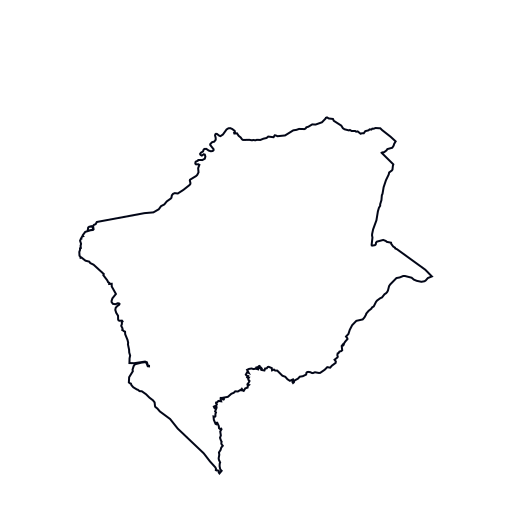 the district of Balao, Guayas, Ecuador, rotated 315°
{"feature_id": "8360857B63754497407840", "entity_name": "Balao", "entity_type": "district", "adm_level": 2, "iso_a3": "ECU", "parent_name": "Ecuador", "parent_adm1": "Guayas", "projection": "mercator", "projection_center": [-79.769, -2.889], "detail": "fine", "context": "isolated", "style": "outline", "palette": "ink", "viewbox_px": 512, "rotation_deg": 315, "n_neighbors": 0, "source": "geoboundaries", "source_scale": "gbopen_adm2", "svg_char_len": 6100}
<svg xmlns="http://www.w3.org/2000/svg" viewBox="0 0 512 512"><g transform="rotate(315 256 256)"><path d="M162.1,119.5L160.0,122.3L159.1,122.3L157.2,120.8L152.3,118.2L148.2,118.8L147.8,119.0L147.7,119.7L147.1,119.3L145.5,119.6L144.8,120.3L144.3,120.0L142.4,120.8L140.9,123.7L139.1,124.8L137.8,126.5L137.0,126.1L136.0,127.2L133.9,128.2L131.4,131.0L131.2,132.5L130.7,133.2L131.5,133.6L132.1,138.7L134.1,142.1L133.8,143.8L135.0,147.3L135.6,161.1L134.5,161.6L133.6,168.1L132.9,170.0L133.3,171.2L132.4,172.0L134.3,173.6L132.4,175.6L130.1,183.8L124.5,184.4L122.0,185.7L121.3,186.5L121.0,188.7L122.5,190.7L124.9,191.7L125.6,192.7L125.6,193.4L124.8,193.7L122.4,193.3L120.2,193.4L118.4,194.6L117.0,197.3L116.2,200.7L113.7,203.3L113.3,204.3L113.6,205.2L115.5,206.9L115.4,207.9L114.1,208.1L113.2,209.2L111.3,210.1L110.4,212.8L109.1,213.8L109.5,214.6L109.3,215.4L109.9,216.9L108.2,218.8L105.8,224.5L104.3,226.9L103.0,227.9L100.0,232.5L98.1,234.6L96.6,237.4L94.3,238.9L90.8,242.2L94.0,245.6L102.9,252.2L103.7,254.0L102.0,257.2L102.7,258.0L102.3,258.4L101.5,257.4L102.9,254.2L102.7,252.8L99.6,250.4L93.9,247.0L91.7,247.3L88.3,249.1L87.4,250.4L80.6,252.0L76.7,255.5L76.8,256.8L77.3,257.8L76.6,259.3L76.4,262.0L77.4,266.2L77.9,267.1L78.1,269.2L79.6,270.9L80.5,276.0L80.5,280.8L81.1,285.1L80.8,287.8L78.4,290.8L78.1,291.6L78.4,294.1L78.1,297.9L80.0,310.6L78.6,322.7L79.5,358.6L78.2,368.7L77.8,376.7L77.3,378.1L76.2,379.0L76.5,379.8L77.4,380.6L77.6,381.7L76.6,382.7L76.4,383.9L79.8,383.6L79.8,382.0L80.2,381.0L81.7,378.8L83.6,377.1L84.6,376.7L85.7,373.8L86.6,372.6L89.5,370.6L90.9,368.7L93.8,368.1L96.0,366.9L98.3,366.7L98.5,364.9L99.1,363.8L100.4,363.0L100.6,362.0L102.0,359.1L104.3,358.0L106.6,354.8L109.1,354.1L109.3,353.4L108.2,352.8L108.1,351.6L109.4,350.0L110.7,346.5L110.1,346.0L108.9,346.7L108.7,346.1L110.3,342.1L112.5,339.4L113.3,340.6L114.0,340.6L115.6,339.0L117.1,338.3L117.2,337.0L119.7,335.9L119.3,335.6L119.2,333.9L119.7,332.7L120.8,333.1L120.9,334.4L121.4,334.7L122.2,333.5L123.4,333.2L123.7,331.7L124.2,331.4L125.1,332.0L126.9,331.9L128.6,334.1L129.7,332.2L130.7,331.4L131.4,332.1L131.2,334.0L131.6,334.6L132.2,334.5L132.9,333.2L136.5,335.7L141.2,336.0L143.5,337.0L145.6,337.0L147.4,339.0L150.7,339.8L150.8,340.5L150.2,341.4L151.5,340.1L152.0,340.0L151.6,342.0L151.9,342.7L154.8,342.0L157.0,343.1L158.2,342.1L159.8,342.2L159.1,340.8L159.3,340.6L161.2,340.4L163.0,339.8L163.0,338.5L163.7,337.2L165.0,336.9L164.1,335.6L165.4,335.2L164.8,334.5L164.9,332.7L167.7,331.9L168.2,333.4L169.2,330.2L171.2,330.9L173.3,332.4L174.2,334.1L176.2,335.6L177.4,337.7L178.1,337.2L177.8,335.3L178.4,335.6L178.8,336.5L180.0,335.9L180.6,336.1L180.7,336.7L179.1,337.6L180.6,338.5L180.5,339.6L179.4,339.8L179.2,340.3L181.0,342.9L182.9,342.0L184.1,343.0L185.8,342.8L186.6,343.3L187.9,346.4L186.5,348.2L188.4,349.0L188.5,350.5L190.0,352.1L190.0,359.3L191.3,362.1L191.1,365.4L191.7,368.2L194.9,369.4L194.5,370.2L192.7,370.8L192.4,372.0L193.5,372.1L195.0,371.2L198.9,372.4L201.6,372.3L204.1,374.1L207.6,375.3L209.2,374.2L210.2,374.3L211.2,375.1L212.4,376.8L212.6,377.9L213.4,379.0L215.5,379.9L217.7,383.1L218.7,384.0L224.1,385.0L227.8,385.0L229.5,387.4L232.0,387.2L236.7,387.9L237.9,387.0L238.2,384.9L242.0,385.3L242.7,384.9L243.4,383.6L244.9,382.6L245.7,383.0L247.4,382.6L249.0,383.5L250.3,383.6L253.0,380.2L254.8,380.0L254.6,380.8L255.2,380.8L256.6,380.0L258.7,379.6L262.0,379.4L262.4,378.8L262.7,376.6L266.2,376.5L270.1,374.5L275.1,372.9L281.1,372.8L286.6,376.3L289.3,376.1L292.5,375.2L293.2,374.7L296.9,374.4L300.4,374.8L301.6,374.4L303.6,374.9L308.4,373.3L310.1,373.1L314.0,373.7L315.8,374.4L319.8,373.9L321.7,374.3L323.3,374.2L324.9,373.7L328.8,371.4L330.7,371.0L339.7,370.9L342.5,372.8L345.9,374.2L347.2,375.5L350.7,381.4L350.9,384.3L352.1,387.2L354.7,391.2L357.3,393.0L358.7,393.3L361.9,393.1L365.9,394.8L366.0,385.4L360.5,351.0L359.8,349.1L360.2,348.5L359.7,346.3L360.2,343.1L360.9,342.1L358.5,338.5L358.4,337.1L357.3,334.6L351.6,331.3L350.4,331.4L348.8,332.5L347.7,332.4L345.6,330.9L345.3,330.4L345.6,329.9L351.4,325.3L352.6,323.5L353.6,322.6L357.6,320.0L366.4,315.9L373.8,310.6L377.1,308.8L379.3,308.3L380.4,307.2L384.2,305.2L388.0,302.0L389.4,301.5L394.9,297.6L401.5,294.3L407.5,292.2L409.2,291.1L412.6,291.6L413.6,291.4L416.6,289.0L417.9,288.3L417.8,271.9L418.5,272.0L420.0,273.2L422.9,273.6L424.5,273.3L428.9,275.8L431.3,275.3L433.0,274.4L435.8,273.7L435.5,266.8L434.2,256.1L434.2,253.6L431.0,250.0L429.2,249.2L428.3,248.2L427.0,248.2L425.9,246.8L424.4,246.7L421.6,245.0L419.0,245.4L417.8,244.2L416.4,243.5L416.0,239.8L414.7,238.9L414.5,237.7L412.0,235.2L411.5,233.3L410.5,232.9L408.2,229.0L407.8,227.1L408.5,224.1L406.6,215.4L407.3,213.5L404.7,210.2L404.2,208.2L403.1,207.7L402.5,208.0L397.2,208.1L391.1,205.2L388.8,202.7L384.4,201.6L382.6,200.6L381.5,200.9L380.1,200.6L376.3,196.6L373.8,195.4L371.2,193.5L361.8,191.3L355.9,186.5L355.2,184.7L354.6,183.9L352.4,184.4L349.1,180.2L346.9,180.0L344.2,178.3L341.1,177.0L338.8,174.5L337.3,173.7L336.1,172.0L335.0,171.4L333.4,169.1L328.9,164.8L328.6,163.6L329.0,161.3L328.7,158.8L329.3,155.8L327.3,154.1L327.6,153.4L328.7,153.5L329.4,152.5L329.0,149.4L328.2,147.4L326.8,146.2L324.7,145.7L318.5,146.7L315.6,146.1L315.1,145.1L314.7,142.1L314.1,141.3L313.3,141.2L312.3,141.8L311.0,144.0L309.7,145.3L307.3,145.6L305.5,144.5L302.9,144.5L302.2,145.0L302.0,146.2L301.5,150.5L300.7,151.2L299.6,151.1L298.1,150.0L297.1,148.0L296.6,145.1L295.2,143.8L294.1,143.8L292.5,144.6L290.1,144.0L288.6,144.3L288.3,145.3L288.7,146.7L291.0,147.1L291.5,148.1L290.5,149.9L288.6,151.0L285.9,150.2L283.1,147.3L282.2,147.5L280.2,146.7L279.6,146.8L278.4,147.8L278.4,148.8L280.1,150.4L280.4,151.5L277.2,153.0L274.5,156.2L271.8,157.1L270.3,157.1L263.3,155.4L262.6,155.8L261.2,158.1L260.3,158.7L259.0,158.8L251.4,157.9L244.9,156.5L243.0,154.1L241.3,153.4L239.4,153.6L237.4,155.0L236.3,155.1L231.5,154.3L227.6,154.7L224.1,153.6L220.3,154.2L214.3,152.6L207.4,146.8L168.4,120.0L167.4,119.4L165.1,120.1L163.5,119.4L162.1,119.5ZM160.1,117.8L160.6,119.1L158.9,117.4L157.5,117.2L154.8,119.1L158.8,121.7L160.0,121.9L160.6,120.5L161.5,119.5L160.1,117.8Z" fill="none" stroke="#020617" stroke-width="2"/></g></svg>